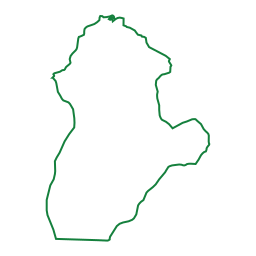 an SVG outline of Córdoba
{"feature_id": "COL-1316", "entity_name": "Córdoba", "entity_type": "Department", "adm_level": 1, "iso_a3": "COL", "parent_name": "Colombia", "parent_adm1": "", "projection": "robinson", "projection_center": [-75.681, 8.405], "detail": "fine", "context": "isolated", "style": "outline", "palette": "green", "viewbox_px": 256, "rotation_deg": 0, "n_neighbors": 0, "source": "natural_earth", "source_scale": "10m", "svg_char_len": 2395}
<svg xmlns="http://www.w3.org/2000/svg" viewBox="0 0 256 256"><path d="M52.5,77.7L54.1,76.1L54.1,75.5L53.4,74.2L54.3,73.3L60.0,71.7L62.3,70.2L64.1,70.0L64.9,69.3L65.4,68.2L66.2,66.9L69.7,64.0L70.5,62.8L69.7,59.1L70.6,56.0L72.5,53.5L75.7,50.3L76.6,49.0L77.1,47.4L78.3,38.4L78.9,36.9L79.4,36.8L82.1,35.7L82.5,35.4L83.8,34.9L84.2,33.7L84.2,31.7L84.4,29.9L84.7,28.8L85.8,27.6L86.7,26.9L87.5,26.4L91.3,25.1L94.4,24.0L97.1,22.2L99.4,20.1L99.6,17.5L100.3,16.0L102.4,16.2L103.5,17.3L106.6,17.1L109.9,16.4L112.2,15.4L112.9,15.6L113.6,16.2L114.1,17.1L114.1,18.4L112.8,17.7L111.4,17.5L110.1,17.9L108.9,19.1L109.7,19.6L110.2,19.8L110.8,19.6L111.6,19.1L112.1,19.7L112.5,20.0L112.7,20.4L112.8,21.3L115.7,19.0L117.6,18.0L119.7,17.6L121.9,18.0L123.6,18.5L123.6,18.8L123.5,25.3L126.1,26.3L126.8,27.0L129.8,27.7L134.8,30.5L136.2,32.5L137.9,34.7L141.4,35.5L141.8,36.5L142.2,36.7L142.9,36.7L144.2,36.9L145.8,37.9L146.5,42.6L149.1,47.1L165.7,55.8L169.8,59.1L168.9,61.1L169.2,62.0L171.0,64.8L171.3,65.4L170.9,66.2L170.5,66.7L170.2,71.9L169.1,72.7L164.4,74.2L162.9,74.4L161.8,74.8L160.5,75.9L158.6,78.1L157.6,78.9L156.8,79.7L156.2,80.8L155.8,84.9L157.7,91.6L157.1,94.5L157.1,96.1L157.3,98.4L159.2,105.3L159.2,109.9L159.7,115.4L160.4,117.3L161.1,118.7L162.0,119.8L166.0,121.8L169.1,124.2L172.6,128.3L182.7,122.8L186.8,121.5L192.1,119.3L194.2,119.1L195.5,119.2L197.4,121.0L201.0,124.1L203.7,129.1L205.8,131.4L207.1,132.5L208.3,133.9L208.8,135.5L208.7,141.6L209.0,143.5L209.3,144.0L209.1,144.8L207.7,146.5L207.1,147.4L206.6,148.4L206.5,149.7L205.9,151.4L204.2,152.0L202.6,153.3L201.0,155.2L198.6,159.6L195.6,164.0L190.4,163.7L188.5,163.8L187.0,164.1L185.6,165.0L184.3,165.4L183.1,165.3L181.4,164.7L179.2,164.5L172.1,165.4L169.7,166.2L168.4,166.9L166.3,170.2L165.1,172.3L159.2,179.3L155.7,184.4L153.0,187.0L148.1,190.9L146.5,192.6L143.4,200.1L141.0,201.8L139.3,203.6L138.1,205.4L136.3,214.4L133.9,218.4L132.2,219.8L128.6,221.3L123.0,222.5L119.6,223.8L116.8,226.1L110.1,236.7L109.7,238.4L109.7,239.5L108.5,240.3L107.4,240.6L98.1,240.2L91.8,240.0L56.0,238.9L53.4,229.7L47.5,215.1L46.7,210.3L46.7,199.9L50.3,185.4L53.7,179.3L54.9,174.1L55.2,171.2L54.9,161.2L56.7,157.5L59.6,152.7L64.6,141.4L69.2,134.1L74.2,127.5L74.5,122.8L74.3,118.2L73.1,109.3L71.6,106.7L70.0,104.0L68.5,102.4L63.3,100.4L61.9,98.8L60.2,95.6L57.9,91.9L56.3,83.2L55.6,81.0L53.1,78.1L52.6,77.7L52.5,77.7Z" fill="none" stroke="#15803d" stroke-width="2"/></svg>